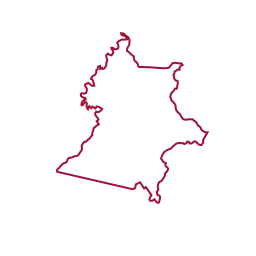 Fraiburgo, Santa Catarina, Brazil (Natural Earth projection), rotated 230°
{"feature_id": "56859067B37752043800288", "entity_name": "Fraiburgo", "entity_type": "district", "adm_level": 2, "iso_a3": "BRA", "parent_name": "Brazil", "parent_adm1": "Santa Catarina", "projection": "natural_earth1", "projection_center": [-50.848, -27.028], "detail": "fine", "context": "isolated", "style": "outline", "palette": "rose", "viewbox_px": 256, "rotation_deg": 230, "n_neighbors": 0, "source": "geoboundaries", "source_scale": "gbopen_adm2", "svg_char_len": 3688}
<svg xmlns="http://www.w3.org/2000/svg" viewBox="0 0 256 256"><g transform="rotate(230 128 128)"><path d="M200.1,166.8L198.9,166.2L197.1,166.1L195.0,165.1L194.3,162.0L196.0,160.9L198.0,160.3L197.7,158.0L195.9,156.8L194.1,156.1L192.7,155.3L192.0,153.4L190.4,152.1L189.4,150.1L188.8,148.2L189.5,146.6L190.9,146.7L191.1,144.8L192.3,145.6L193.5,146.5L194.2,144.4L192.6,142.7L192.6,140.7L190.9,139.5L190.0,137.4L190.4,134.5L190.1,132.5L189.5,131.2L188.0,131.8L186.2,131.4L185.0,130.7L183.7,130.1L182.1,129.4L183.0,127.9L184.8,127.2L186.6,126.9L188.1,126.5L188.5,125.0L189.0,123.1L187.5,122.1L185.8,122.0L184.4,121.6L183.3,120.8L182.6,119.6L181.7,118.3L182.9,116.0L184.3,115.1L184.3,113.6L182.6,112.6L180.8,112.9L179.6,113.6L178.4,114.5L177.0,113.9L177.7,112.5L177.7,110.5L177.0,108.7L175.8,107.2L174.6,107.7L175.0,109.7L175.6,111.7L174.4,112.5L173.1,112.2L171.8,110.7L170.2,109.6L168.2,109.4L169.3,110.9L169.6,112.5L168.1,112.2L166.7,112.5L167.4,114.5L165.7,115.1L163.9,115.6L164.7,117.8L162.9,119.2L160.9,120.0L159.2,120.4L158.8,118.5L158.9,116.7L159.6,114.9L161.0,114.2L160.5,112.4L158.9,111.3L157.1,111.2L155.0,111.2L153.3,110.8L153.4,108.4L151.7,108.3L149.5,107.9L150.0,106.0L149.9,103.8L149.9,101.6L149.0,100.4L148.0,99.2L147.0,97.2L145.5,96.2L145.4,94.6L144.9,93.2L144.7,91.5L144.8,89.1L144.5,87.0L145.6,85.5L144.9,82.9L144.0,80.9L142.9,80.3L141.7,79.4L140.6,77.9L140.3,76.1L139.7,74.3L139.1,72.5L139.6,70.6L140.5,69.3L141.2,67.2L141.9,65.2L142.9,63.9L143.0,62.0L141.9,60.3L141.4,58.0L142.3,56.2L142.5,54.2L142.2,52.5L142.0,50.9L141.8,49.3L141.5,46.6L140.0,45.6L78.8,91.7L77.3,94.1L78.3,96.1L79.8,97.8L78.6,102.3L71.3,101.5L71.3,103.7L61.5,102.8L60.9,100.9L59.7,98.7L58.1,98.2L56.7,99.7L56.4,102.4L54.1,102.3L52.0,102.3L51.0,103.9L52.5,105.9L54.2,108.1L55.9,108.6L57.9,107.6L60.5,108.9L61.2,111.5L63.2,112.6L64.5,113.6L65.5,115.0L66.4,116.7L66.3,118.3L65.9,119.7L66.2,121.3L67.0,123.0L67.4,124.8L68.3,126.1L69.4,127.3L69.6,129.0L70.0,131.1L70.8,132.5L72.4,132.8L74.4,132.4L75.9,133.0L76.8,134.5L78.1,133.6L79.9,133.3L81.5,133.6L83.2,133.6L84.3,135.2L85.5,137.6L86.3,140.4L86.2,142.7L85.7,144.8L84.7,147.3L84.9,149.8L85.0,152.1L85.1,154.0L84.5,156.2L83.6,157.8L82.1,159.0L81.2,160.3L79.6,160.8L78.8,162.8L79.6,164.4L78.4,165.7L76.6,165.2L75.2,167.1L75.3,170.0L73.6,171.3L71.3,171.4L69.2,171.9L67.7,173.2L68.2,174.9L68.4,176.4L70.4,177.6L71.5,180.4L73.6,186.1L75.0,184.5L76.9,183.7L78.3,183.2L79.9,183.2L81.6,183.8L83.3,183.8L85.1,183.2L87.5,183.8L89.3,183.9L90.8,183.3L93.1,183.1L94.4,181.5L95.9,179.9L96.9,177.9L98.5,176.4L100.1,175.9L103.1,176.3L105.2,176.7L106.8,176.4L108.8,176.2L111.0,176.5L113.0,177.6L114.5,178.8L116.1,179.3L117.6,179.2L118.8,179.5L120.6,178.9L121.8,179.4L123.0,179.8L124.5,180.3L125.8,181.8L126.6,183.1L126.9,184.8L127.3,187.5L128.0,189.4L126.8,190.4L127.5,191.7L128.9,193.2L130.5,195.2L132.3,196.2L133.8,195.1L135.3,195.0L136.6,195.4L137.8,196.5L139.4,196.8L139.9,198.5L141.3,200.1L140.9,201.9L140.9,203.6L139.5,205.0L141.0,206.1L141.7,208.4L141.2,210.3L143.3,210.4L144.7,208.5L146.1,207.5L147.7,206.0L149.0,203.7L148.6,202.0L148.3,200.1L147.9,197.9L150.7,193.8L161.3,182.9L167.6,175.7L169.1,175.7L170.8,176.6L173.2,176.8L174.8,176.3L176.4,176.7L177.8,177.4L179.1,178.4L181.3,178.0L183.8,177.5L185.6,177.5L187.5,176.8L188.8,177.8L190.1,179.8L190.8,182.3L191.9,183.3L193.2,184.8L194.9,186.0L196.8,186.3L198.5,186.4L199.9,185.5L198.3,184.8L196.6,184.2L197.3,182.9L198.6,181.4L199.7,180.1L200.1,178.5L200.5,176.4L200.1,174.4L198.0,173.9L196.2,172.8L195.4,171.5L195.8,170.0L196.8,168.3L199.1,168.0L200.1,166.8ZM199.9,185.5L201.2,185.7L203.3,185.3L205.0,183.7L203.6,182.9L202.2,183.8L201.0,184.3L199.9,185.5Z" fill="none" stroke="#9f1239" stroke-width="2"/></g></svg>